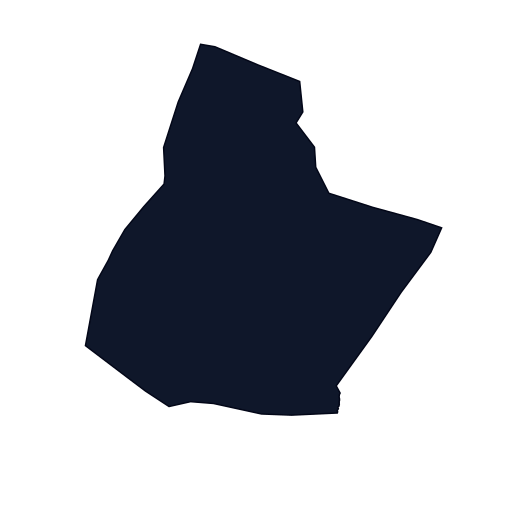 Asgat, Sühbaatar, Mongolia (orthographic projection), rotated 29°
{"feature_id": "93677404B69678463866737", "entity_name": "Asgat", "entity_type": "district", "adm_level": 2, "iso_a3": "MNG", "parent_name": "Mongolia", "parent_adm1": "Sühbaatar", "projection": "orthographic", "projection_center": [114.184, 46.119], "detail": "fine", "context": "isolated", "style": "filled", "palette": "ink", "viewbox_px": 512, "rotation_deg": 29, "n_neighbors": 0, "source": "geoboundaries", "source_scale": "gbopen_adm2", "svg_char_len": 1150}
<svg xmlns="http://www.w3.org/2000/svg" viewBox="0 0 512 512"><g transform="rotate(29 256 256)"><path d="M404.7,141.4L379.5,145.9L334.3,156.9L289.3,165.8L265.2,149.4L254.4,132.5L226.5,120.2L227.1,107.3L209.6,82.2L164.5,88.0L118.6,92.9L104.9,97.7L109.7,123.0L113.3,159.0L122.6,205.9L137.6,230.1L140.7,237.6L133.9,267.4L128.5,296.4L128.1,320.9L128.9,331.3L128.9,352.5L129.0,352.8L129.0,353.0L128.9,353.4L150.3,417.1L202.6,424.6L224.7,427.7L252.9,429.8L269.4,415.1L290.3,405.6L337.4,391.5L364.3,377.9L403.2,353.9L403.0,352.9L402.9,352.7L402.7,352.4L402.4,352.3L402.1,352.1L402.0,351.6L402.0,350.9L402.0,350.2L402.1,349.9L402.1,349.7L401.4,349.1L401.0,348.6L400.9,348.3L401.0,348.0L401.1,347.7L401.3,347.1L401.3,346.8L401.2,346.6L401.1,346.4L400.9,346.1L400.8,345.8L400.8,345.4L400.7,345.2L400.4,344.9L400.2,344.6L400.0,344.1L399.6,343.4L399.2,342.8L399.2,342.4L399.1,342.0L399.0,341.7L398.8,341.3L398.1,340.2L397.5,339.6L397.0,338.9L396.7,338.3L396.6,337.9L396.5,337.7L396.2,337.2L396.1,336.8L396.1,336.4L396.1,335.9L396.0,335.1L389.1,330.7L396.3,270.2L400.5,217.5L407.1,168.0L404.7,141.4Z" fill="#0f172a" stroke="#020617" stroke-width="1.5"/></g></svg>